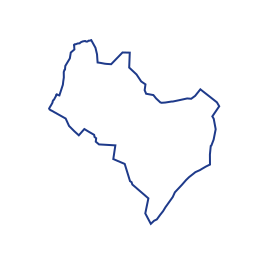 Gbonyin, Ekiti, Nigeria, rotated 31°
{"feature_id": "59680162B53652676960042", "entity_name": "Gbonyin", "entity_type": "district", "adm_level": 2, "iso_a3": "NGA", "parent_name": "Nigeria", "parent_adm1": "Ekiti", "projection": "albers", "projection_center": [5.452, 7.587], "detail": "fine", "context": "isolated", "style": "outline", "palette": "blue", "viewbox_px": 256, "rotation_deg": 31, "n_neighbors": 0, "source": "geoboundaries", "source_scale": "gbopen_adm2", "svg_char_len": 1818}
<svg xmlns="http://www.w3.org/2000/svg" viewBox="0 0 256 256"><g transform="rotate(31 128 128)"><path d="M90.7,62.5L84.4,66.1L80.7,82.0L76.8,84.0L75.1,84.8L70.8,86.4L68.2,87.5L66.5,85.1L63.5,80.8L58.8,76.0L51.2,71.6L50.9,71.9L50.5,72.6L50.1,72.9L49.6,73.2L49.3,73.4L49.0,74.0L48.8,74.6L48.4,75.0L48.1,75.2L47.5,75.5L46.8,75.4L46.1,75.8L45.3,76.5L44.7,77.0L44.0,77.9L43.5,78.6L43.0,79.8L43.0,80.2L42.4,80.8L41.6,81.2L41.0,81.9L40.3,82.8L40.0,83.3L39.4,83.5L38.9,84.4L38.9,84.6L39.4,85.3L39.8,85.6L40.4,86.6L41.2,87.7L41.6,88.3L40.1,92.8L42.3,98.3L42.3,107.1L43.9,110.4L43.6,110.9L44.1,113.1L47.0,117.8L48.5,121.4L49.9,124.5L52.4,135.4L51.4,135.7L50.8,135.8L50.2,135.7L49.5,135.9L49.4,136.8L49.7,137.4L49.8,137.9L49.8,138.7L49.9,140.9L50.0,141.8L49.8,142.2L49.6,142.8L49.7,143.6L49.7,144.0L50.0,144.5L50.2,145.2L50.3,147.2L50.3,148.7L50.3,149.7L50.3,150.9L50.4,152.0L51.3,152.5L52.8,152.6L53.4,152.4L53.9,152.5L54.6,152.4L57.3,152.4L57.9,152.3L59.4,152.3L69.7,152.0L76.4,156.6L83.6,158.4L89.6,159.6L91.1,151.4L97.0,151.4L102.5,151.3L103.9,152.9L106.0,153.2L107.4,156.3L111.6,157.0L126.1,149.4L131.4,162.2L143.7,160.5L157.1,172.5L159.0,172.6L160.8,174.2L181.7,177.8L186.8,192.3L196.9,198.4L198.1,194.1L199.8,191.5L200.3,185.8L200.9,181.2L200.9,176.7L201.4,170.4L201.9,164.1L201.3,159.0L201.9,156.2L203.5,148.8L204.6,142.6L205.7,138.5L206.6,136.2L206.8,135.6L207.1,134.9L208.5,131.1L211.3,127.1L212.5,124.8L214.7,120.8L216.9,117.4L217.1,117.1L211.9,108.6L208.2,100.8L208.5,100.1L207.4,93.9L203.8,83.9L196.7,75.9L194.3,74.6L195.0,62.4L191.0,60.2L181.6,59.0L170.1,57.6L169.0,65.9L167.1,70.4L163.5,72.2L158.2,77.2L152.8,82.2L151.7,82.9L146.8,87.0L143.8,89.1L142.5,89.4L136.9,88.2L132.8,86.7L125.9,89.3L122.8,87.0L120.5,81.6L115.3,81.3L107.7,77.7L97.9,75.6L90.7,62.5Z" fill="none" stroke="#1e3a8a" stroke-width="2"/></g></svg>